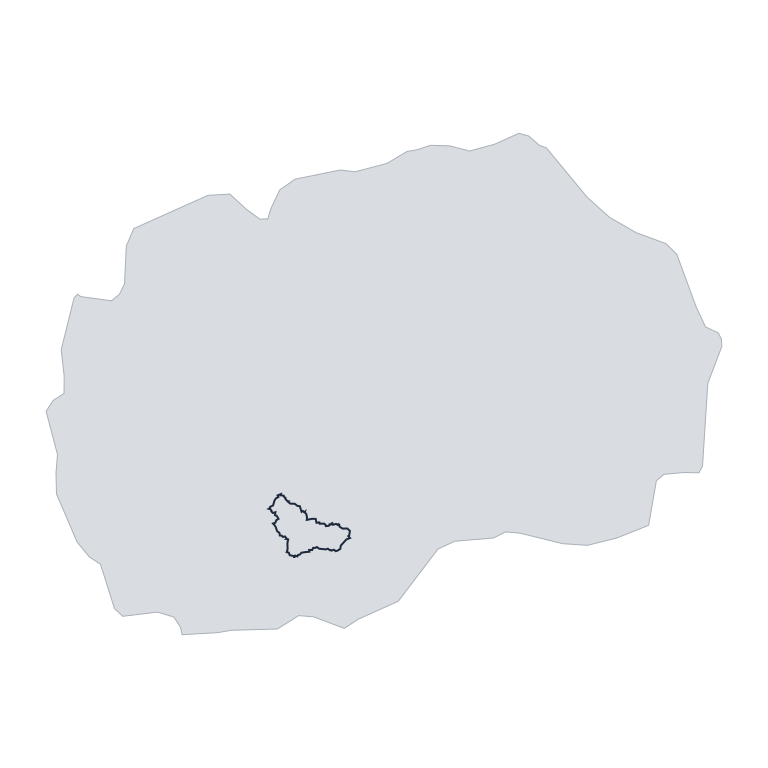 Mogila, Mogila, North Macedonia shown in context
{"feature_id": "65306769B16932285740052", "entity_name": "Mogila", "entity_type": "district", "adm_level": 2, "iso_a3": "MKD", "parent_name": "North Macedonia", "parent_adm1": "Mogila", "projection": "natural_earth1", "projection_center": [21.425, 41.178], "detail": "fine", "context": "in_parent", "style": "outline", "palette": "slate", "viewbox_px": 768, "rotation_deg": 0, "n_neighbors": 0, "source": "geoboundaries", "source_scale": "gbopen_adm2", "svg_char_len": 2456}
<svg xmlns="http://www.w3.org/2000/svg" viewBox="0 0 768 768"><path d="M340.5,170.0L355.2,171.8L387.1,163.3L407.0,151.5L417.1,149.8L430.5,145.3L449.9,145.9L469.5,151.0L494.4,144.3L518.9,133.3L528.7,136.0L539.4,145.4L546.4,147.9L587.3,197.4L609.6,217.4L636.0,232.6L666.0,243.7L676.8,254.3L696.2,307.0L705.5,326.9L718.2,332.9L721.3,338.6L721.9,346.3L707.8,383.3L702.5,466.2L698.9,472.8L683.9,472.5L664.0,474.3L656.4,480.7L648.6,525.3L616.5,538.1L587.4,545.3L562.8,543.7L519.6,533.1L505.5,531.9L493.4,538.0L454.9,541.2L438.0,549.0L398.3,601.2L358.0,619.3L344.3,628.4L313.5,616.8L298.7,615.6L277.4,629.0L230.7,630.3L218.1,632.6L182.1,634.7L180.6,627.5L173.9,617.0L157.2,612.1L122.8,616.3L114.5,608.6L100.5,564.2L89.5,557.1L77.2,542.2L56.5,494.0L56.0,472.9L57.5,454.5L46.1,411.3L53.2,400.4L64.0,393.5L64.2,376.1L61.2,349.7L74.1,297.9L77.5,294.2L80.8,296.6L111.5,300.8L119.5,294.2L124.5,284.0L126.3,246.1L133.7,228.6L208.0,195.3L229.8,194.1L246.5,209.4L259.8,219.1L267.8,218.9L270.7,209.0L279.7,190.0L294.9,179.2L340.1,170.0L340.5,170.0Z" fill="#d9dde1" stroke="#a8b0b8" stroke-width="1"/><path d="M305.3,552.1L309.5,551.7L309.2,549.9L312.2,550.0L313.2,547.8L315.4,547.9L316.8,547.0L319.2,548.7L325.8,549.4L327.8,548.7L330.1,550.3L330.8,550.0L331.7,550.6L333.9,549.7L335.8,551.2L337.7,550.5L340.3,548.9L340.8,545.6L346.3,539.5L350.0,538.0L348.3,536.1L349.2,535.4L349.9,530.9L347.3,528.5L342.6,528.6L339.6,526.7L339.2,524.6L338.3,524.1L337.7,524.9L336.0,523.9L333.1,524.8L332.3,523.1L331.6,523.4L331.8,524.3L329.5,524.4L329.6,525.2L328.4,525.9L325.8,526.1L325.6,524.9L324.3,523.7L319.6,523.7L319.4,522.4L316.5,522.8L315.7,518.9L312.0,518.8L306.8,519.9L307.1,517.9L306.3,514.0L304.7,512.3L304.9,511.7L304.2,512.2L302.9,511.0L301.6,511.8L299.8,506.2L297.4,505.9L294.8,503.8L290.2,503.6L288.1,501.8L288.6,501.3L287.3,501.0L285.4,499.0L285.5,497.9L284.1,496.9L283.7,495.7L280.8,495.3L281.0,494.0L277.6,495.4L278.4,497.0L276.0,498.3L274.4,500.7L273.1,505.4L270.1,506.9L269.8,508.1L268.7,508.8L270.5,509.3L271.5,510.5L271.3,511.4L273.0,513.0L275.4,512.2L275.0,515.2L276.9,516.0L278.5,518.9L276.4,520.1L275.3,522.8L273.0,523.5L275.4,526.3L277.2,531.3L279.4,532.8L279.8,535.5L281.6,535.6L283.0,537.0L284.9,536.4L286.7,538.6L286.2,539.0L288.2,539.4L287.4,543.2L287.6,549.1L286.7,552.2L288.8,552.6L289.7,555.2L293.9,556.1L294.0,557.0L294.6,557.0L295.2,555.6L297.4,556.4L298.0,555.0L299.8,554.6L301.5,552.7L305.3,552.1Z" fill="none" stroke="#1e293b" stroke-width="2"/></svg>